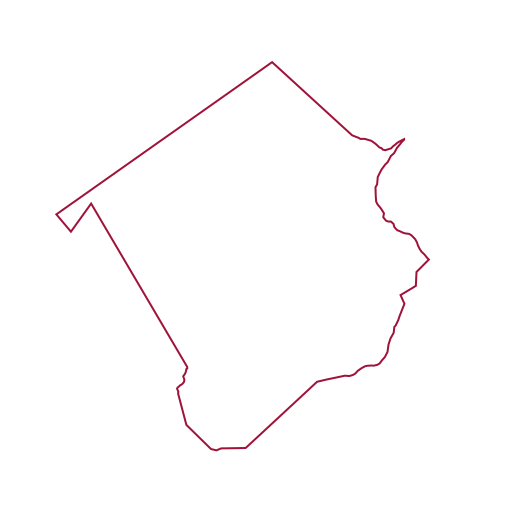 the district of Santiago Yaitepec, Oaxaca, Mexico, rotated 252°
{"feature_id": "50627088B1760637250233", "entity_name": "Santiago Yaitepec", "entity_type": "district", "adm_level": 2, "iso_a3": "MEX", "parent_name": "Mexico", "parent_adm1": "Oaxaca", "projection": "orthographic", "projection_center": [-97.247, 16.21], "detail": "fine", "context": "isolated", "style": "outline", "palette": "rose", "viewbox_px": 512, "rotation_deg": 252, "n_neighbors": 0, "source": "geoboundaries", "source_scale": "gbopen_adm2", "svg_char_len": 1739}
<svg xmlns="http://www.w3.org/2000/svg" viewBox="0 0 512 512"><g transform="rotate(252 256 256)"><path d="M357.3,79.0L356.3,79.4L336.3,87.5L356.8,115.4L171.7,156.3L170.2,155.8L170.2,155.3L170.1,154.9L169.6,154.6L168.1,153.8L166.8,152.9L165.6,151.7L164.6,150.3L164.3,149.8L164.0,149.6L162.4,149.6L161.0,149.7L159.8,149.4L158.2,148.3L157.2,146.6L156.9,146.0L156.3,143.4L155.8,142.7L155.1,140.8L154.4,140.0L153.4,140.0L150.8,140.2L150.7,140.2L149.4,139.4L149.1,139.4L116.9,137.6L86.6,153.4L86.3,153.6L83.9,157.5L83.4,158.3L83.8,163.4L76.6,186.8L87.4,210.2L117.5,275.2L116.8,284.1L114.7,303.5L113.0,307.7L112.9,311.3L113.5,314.1L115.4,317.4L116.8,322.1L117.4,325.6L117.3,327.6L116.2,331.9L115.3,334.2L115.0,337.6L115.6,340.4L117.8,343.5L120.2,347.5L124.1,351.4L130.9,354.7L136.1,358.5L140.4,363.2L145.7,365.6L146.8,367.4L151.1,371.5L154.5,374.0L161.9,380.1L164.7,382.4L174.2,381.4L178.2,398.8L191.2,403.7L198.1,417.1L199.2,419.3L200.9,418.4L205.6,416.6L209.0,414.7L212.3,413.8L215.8,413.3L219.0,413.3L222.8,412.6L227.4,410.4L229.7,408.5L231.5,404.7L232.9,402.8L234.9,400.7L236.9,398.3L239.1,397.2L240.9,396.5L244.1,396.7L247.1,394.9L247.8,392.6L249.4,390.6L253.5,389.0L257.1,390.9L262.6,389.5L267.4,387.6L269.1,387.3L270.7,387.1L276.0,388.4L284.5,390.9L286.7,393.3L291.8,395.5L293.5,396.2L297.7,400.3L299.5,402.2L302.9,406.9L304.7,410.4L309.4,415.1L311.2,419.2L315.3,423.5L317.8,427.6L319.3,429.7L320.9,432.9L321.4,433.0L320.5,427.4L319.9,425.1L318.6,422.1L318.1,420.4L316.6,417.8L316.7,411.5L318.0,409.5L319.9,408.6L321.0,407.0L324.8,404.9L326.3,404.0L329.9,401.3L333.8,395.6L334.5,393.5L335.1,391.4L336.0,390.7L337.2,389.5L338.0,388.4L341.1,384.7L366.1,370.5L435.4,331.2L357.3,79.0Z" fill="none" stroke="#9f1239" stroke-width="2"/></g></svg>